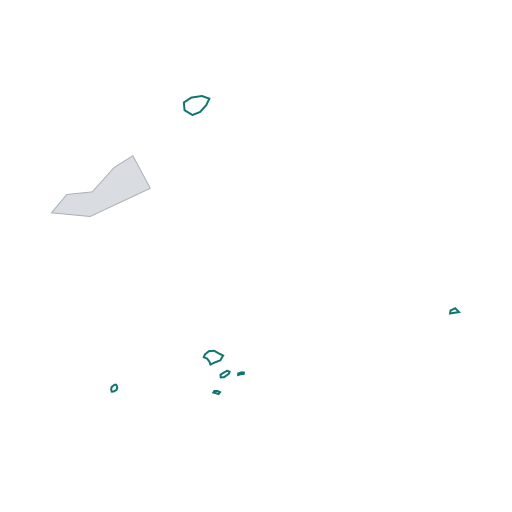 location of La Digue and Inner Islands within Seychelles, rotated 97°
{"feature_id": "SYC-5212", "entity_name": "La Digue and Inner Islands", "entity_type": "state/province", "adm_level": 1, "iso_a3": "SYC", "parent_name": "Seychelles", "parent_adm1": "", "projection": "mercator", "projection_center": [55.767, -4.192], "detail": "fine", "context": "in_parent", "style": "outline", "palette": "teal", "viewbox_px": 512, "rotation_deg": 97, "n_neighbors": 0, "source": "natural_earth", "source_scale": "10m", "svg_char_len": 1020}
<svg xmlns="http://www.w3.org/2000/svg" viewBox="0 0 512 512"><g transform="rotate(97 256 256)"><path d="M237.0,425.5L238.1,464.3L218.0,451.3L212.3,426.3L185.4,407.6L171.5,390.4L201.7,369.2L237.0,425.5Z" fill="#d9dde1" stroke="#a8b0b8" stroke-width="1"/><path d="M120.0,344.7L112.4,346.3L106.6,339.4L103.8,329.3L105.5,321.5L112.4,323.8L119.9,329.1L123.8,336.3L120.0,344.7ZM358.8,276.5L363.9,278.7L366.7,284.0L369.3,288.0L366.5,289.4L363.9,291.9L362.8,295.5L359.9,294.7L356.1,291.0L355.2,285.9L357.4,280.7L358.8,276.5ZM374.1,268.1L376.2,268.6L380.2,272.9L380.8,276.2L378.3,276.8L376.2,274.5L373.4,270.6L374.1,268.1ZM404.0,377.6L405.8,378.1L407.9,380.8L408.2,382.7L406.0,383.5L403.6,383.3L401.0,380.7L400.8,379.2L402.2,378.1L404.0,377.6ZM286.9,47.7L289.4,56.4L286.4,56.3L283.6,51.9L286.9,47.7ZM395.6,275.1L397.6,276.4L397.1,278.8L396.7,281.7L395.1,280.9L394.7,277.8L395.6,275.1ZM373.2,253.8L374.6,253.9L375.1,256.6L376.3,259.2L374.8,259.4L373.2,256.1L373.2,253.8Z" fill="none" stroke="#0f766e" stroke-width="2"/></g></svg>